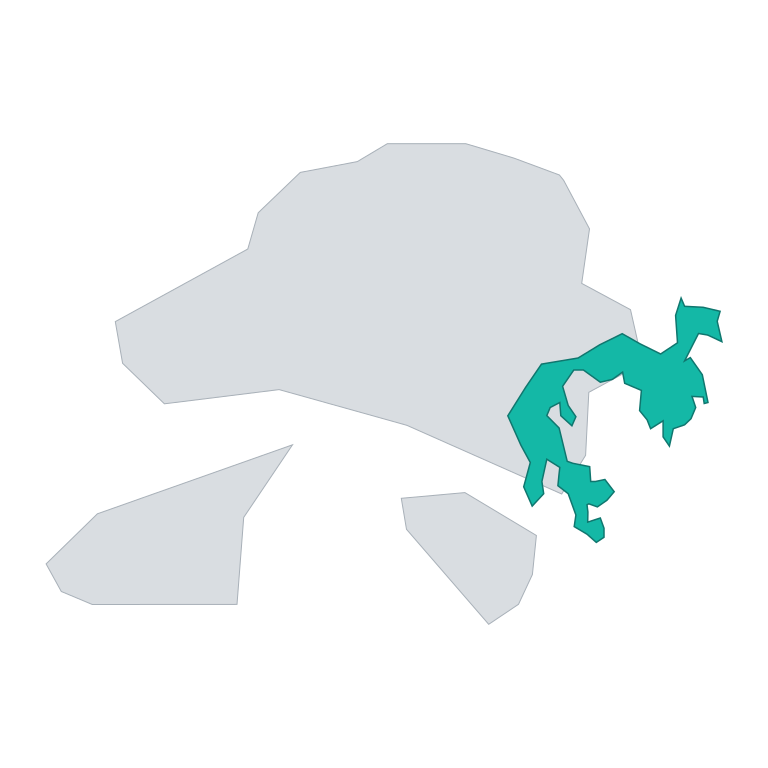 location of Sai Kung within Hong Kong S.A.R.
{"feature_id": "HKG-5162", "entity_name": "Sai Kung", "entity_type": "state/province", "adm_level": 1, "iso_a3": "HKG", "parent_name": "Hong Kong S.A.R.", "parent_adm1": "", "projection": "mercator", "projection_center": [114.312, 22.352], "detail": "fine", "context": "in_parent", "style": "filled", "palette": "teal", "viewbox_px": 768, "rotation_deg": 0, "n_neighbors": 0, "source": "natural_earth", "source_scale": "10m", "svg_char_len": 1656}
<svg xmlns="http://www.w3.org/2000/svg" viewBox="0 0 768 768"><path d="M258.2,212.8L261.6,209.5L300.3,172.4L357.3,161.6L387.3,143.7L465.8,143.7L513.9,158.1L559.4,175.0L563.7,180.4L589.5,228.9L581.7,283.4L630.5,309.7L642.6,363.2L588.8,392.3L585.6,455.3L561.7,494.0L406.8,425.3L279.1,389.6L164.4,403.8L122.6,363.3L115.3,321.6L247.8,249.0L258.2,212.8ZM237.0,604.4L92.3,604.5L61.3,591.5L46.1,563.9L97.4,513.8L292.5,444.8L243.7,517.4L237.0,604.4ZM518.5,604.3L488.7,624.3L406.5,529.3L401.3,498.3L464.9,492.6L536.4,535.5L532.4,574.5L518.5,604.3Z" fill="#d9dde1" stroke="#a8b0b8" stroke-width="1"/><path d="M681.1,298.1L684.6,306.3L703.2,307.3L720.1,311.3L717.2,321.3L721.9,341.7L707.5,335.0L698.5,333.5L684.6,360.9L690.3,357.6L702.3,374.7L708.0,402.5L704.2,403.5L703.2,397.0L692.0,396.4L695.7,407.5L691.0,418.7L684.6,424.8L673.3,428.7L669.4,446.1L663.1,436.9L663.1,420.8L650.6,428.7L647.1,419.8L639.6,410.6L641.4,390.4L624.7,383.3L622.6,372.1L612.3,379.4L600.3,382.2L583.4,370.0L573.8,370.0L562.6,386.3L568.2,405.5L575.9,416.7L571.9,425.8L560.8,415.7L559.8,402.5L550.2,407.5L546.8,415.6L559.1,428.0L567.2,461.3L572.8,463.3L589.7,466.7L590.7,481.5L595.4,481.5L604.9,479.5L614.2,491.7L607.0,500.2L597.4,506.9L588.8,503.8L587.0,504.8L587.9,512.0L587.7,522.1L600.3,518.0L604.0,528.2L604.0,537.3L596.3,542.4L587.0,534.2L574.2,526.6L575.9,515.0L568.2,493.7L557.9,485.7L558.9,475.5L559.8,467.4L546.8,459.2L541.9,481.5L543.7,493.7L532.2,506.1L523.7,486.8L530.3,462.5L520.9,445.2L507.8,415.8L525.6,387.4L541.5,364.1L578.1,358.0L599.7,344.8L622.2,333.7L640.0,343.8L660.6,354.0L677.5,342.8L675.6,315.4L681.1,298.1Z" fill="#14b8a6" stroke="#0f766e" stroke-width="1.5"/></svg>